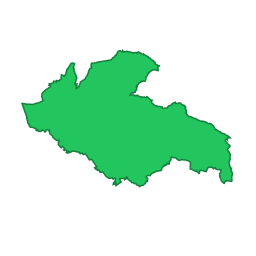 outline of Teuchitlán, Jalisco, Mexico, rotated 76°
{"feature_id": "50627088B99010084174784", "entity_name": "Teuchitlán", "entity_type": "district", "adm_level": 2, "iso_a3": "MEX", "parent_name": "Mexico", "parent_adm1": "Jalisco", "projection": "albers", "projection_center": [-103.827, 20.68], "detail": "fine", "context": "isolated", "style": "filled", "palette": "green", "viewbox_px": 256, "rotation_deg": 76, "n_neighbors": 0, "source": "geoboundaries", "source_scale": "gbopen_adm2", "svg_char_len": 5785}
<svg xmlns="http://www.w3.org/2000/svg" viewBox="0 0 256 256"><g transform="rotate(76 128 128)"><path d="M56.0,166.3L52.6,164.4L51.6,165.8L51.5,167.6L55.5,171.6L56.1,172.9L60.2,175.2L62.2,176.9L60.3,179.7L64.7,181.3L65.0,183.0L65.7,183.3L64.6,185.9L65.8,186.3L65.4,186.5L64.6,188.9L65.8,189.3L66.4,191.3L66.0,193.7L66.7,193.8L67.4,194.4L67.9,192.9L69.2,193.3L71.1,198.7L73.6,203.0L76.9,204.1L81.0,203.9L82.0,208.7L81.8,211.2L82.2,214.1L81.2,217.9L80.9,218.1L80.6,220.2L78.9,223.5L78.6,224.9L93.7,223.5L94.0,223.9L96.1,224.0L96.8,223.6L98.4,224.1L99.4,223.8L100.5,222.8L100.9,223.4L101.8,223.3L103.5,222.6L103.8,222.3L104.0,220.8L105.5,218.9L105.8,217.8L106.1,217.6L107.8,217.7L108.6,217.1L107.8,216.0L109.6,215.6L110.2,213.4L109.2,211.9L109.9,210.6L111.8,209.5L111.8,208.9L110.4,208.0L110.0,206.7L111.0,205.5L111.1,204.8L112.1,205.4L112.5,205.1L114.4,205.3L117.2,203.3L119.1,203.0L122.3,200.8L122.9,199.4L122.8,198.9L123.2,198.0L124.3,197.8L125.0,199.2L125.9,199.1L127.2,199.6L130.3,198.1L131.0,197.7L130.4,197.2L130.2,195.8L133.1,194.4L133.6,195.8L134.4,195.3L134.0,194.0L136.0,193.0L135.9,191.6L136.7,191.1L137.0,193.6L137.6,193.2L137.7,190.3L137.4,190.0L137.5,189.1L137.0,188.0L137.4,185.9L137.8,185.5L137.7,185.1L138.1,184.2L138.6,184.0L139.2,181.9L140.0,181.5L139.9,181.2L141.5,180.6L141.2,178.5L143.0,177.9L142.7,175.5L149.7,173.1L149.5,170.9L158.1,167.7L158.4,170.0L160.1,169.4L160.0,168.3L161.7,168.0L161.5,166.6L164.3,165.7L164.6,163.2L164.9,162.8L169.5,161.1L171.5,159.1L172.0,158.9L172.3,158.4L172.6,155.3L174.1,154.8L174.0,154.4L173.5,154.0L173.8,152.4L174.6,152.5L176.0,153.1L176.5,153.8L176.8,153.4L177.2,153.5L178.2,153.3L177.7,155.2L177.8,155.5L178.8,155.5L179.2,155.9L179.2,153.5L181.0,153.6L178.7,147.7L176.8,148.3L175.2,148.3L175.7,144.0L177.4,143.9L176.8,141.7L175.5,141.8L175.1,141.2L175.6,140.8L177.0,140.6L178.3,140.0L179.6,139.1L180.1,138.0L181.1,138.0L181.8,137.7L182.3,136.3L183.3,135.5L184.0,133.9L185.5,133.2L186.9,131.2L187.6,131.1L187.5,130.5L187.1,130.4L187.2,127.0L186.0,124.7L184.3,123.1L184.5,122.1L183.9,121.8L183.5,122.1L183.0,121.4L181.2,121.1L180.5,122.1L179.8,122.3L179.5,122.2L179.1,121.4L179.0,119.9L179.3,118.6L179.6,118.0L178.0,116.4L176.9,111.2L177.2,106.0L176.5,105.4L174.7,104.7L174.6,104.0L173.5,102.9L173.7,101.7L173.4,100.7L172.9,102.7L172.6,100.1L172.8,99.5L171.8,98.4L172.8,97.4L172.8,96.5L170.6,96.0L169.4,94.1L168.7,93.7L167.4,93.8L166.8,92.4L167.8,91.4L168.2,89.0L169.8,88.2L171.7,86.6L171.9,85.8L171.6,83.2L172.4,82.0L172.6,80.7L174.5,77.2L176.2,75.9L177.4,75.9L179.5,76.5L180.2,77.0L180.8,76.9L182.8,77.6L183.4,76.3L185.8,73.7L186.4,72.7L186.1,71.7L186.6,71.9L187.8,70.9L188.9,70.5L189.1,69.7L186.5,68.5L186.7,67.3L189.3,62.6L186.6,60.8L185.5,59.1L186.7,55.5L188.3,55.1L187.6,53.1L189.3,52.6L190.3,50.5L190.9,48.0L192.0,48.4L193.2,48.4L194.4,50.1L197.6,50.8L198.1,50.5L202.2,50.1L204.8,48.4L205.0,47.9L203.7,47.4L203.2,45.5L202.8,45.3L204.9,40.3L203.6,39.7L201.0,39.4L197.8,37.7L194.8,37.9L194.5,38.3L193.6,38.2L192.1,37.4L191.9,37.8L190.4,38.4L185.8,38.5L183.3,36.5L180.4,36.0L179.0,35.1L178.1,35.0L177.9,35.4L177.0,35.8L175.7,35.7L175.4,36.1L173.0,36.8L172.3,36.2L172.1,35.6L171.7,35.5L170.7,33.6L170.0,33.3L169.1,33.6L168.9,34.2L167.4,35.1L163.9,36.7L163.5,36.6L162.7,35.8L162.8,34.8L163.4,34.5L162.1,34.4L161.6,33.8L162.3,31.1L162.1,31.2L161.3,32.1L160.2,32.5L158.5,34.8L156.8,36.0L156.2,37.7L155.8,37.9L155.7,38.6L154.9,39.2L154.5,39.0L154.1,39.4L152.9,41.1L150.8,42.6L150.6,43.6L148.1,44.2L145.9,45.1L144.1,46.4L143.4,47.5L143.2,49.2L141.6,50.5L140.7,51.6L139.3,54.1L139.6,54.8L139.1,55.2L138.9,55.9L138.1,57.1L137.4,57.6L137.1,58.5L135.3,60.0L134.6,61.8L132.5,63.8L132.0,65.0L132.0,65.9L127.6,68.3L127.3,67.8L125.3,67.1L124.6,67.5L123.9,67.3L122.4,67.8L121.6,66.9L120.3,67.6L120.0,68.1L119.5,68.1L118.4,70.2L116.8,70.7L116.1,71.9L116.2,74.0L115.7,75.7L114.5,75.8L114.5,76.3L115.0,79.3L116.0,79.9L116.5,83.6L118.0,85.0L117.4,89.2L116.5,89.8L115.7,89.8L115.7,90.6L114.8,92.0L114.5,93.4L113.5,94.6L112.7,96.6L111.4,97.4L111.0,98.0L110.6,97.9L109.7,98.7L107.5,98.9L107.6,98.6L107.0,97.9L106.9,98.9L106.3,98.9L105.6,99.8L102.7,101.5L102.9,101.9L102.4,102.3L102.7,102.4L102.7,103.6L102.0,104.3L101.7,106.2L101.1,106.9L101.2,107.7L100.1,109.5L99.7,109.6L99.2,110.6L98.6,110.7L98.4,111.2L98.8,111.4L98.3,112.6L98.5,112.9L98.2,113.9L97.6,114.0L97.2,114.9L96.4,117.9L94.9,116.4L95.0,115.6L94.8,115.2L95.4,114.7L95.3,113.9L94.6,113.1L95.0,112.4L93.9,111.9L93.1,110.5L91.1,109.8L90.2,110.0L89.4,109.6L89.1,109.0L89.7,108.8L89.3,108.5L88.9,108.8L88.1,108.1L87.9,107.4L86.8,106.1L86.8,104.5L86.0,104.1L85.8,103.4L86.2,103.2L86.2,101.6L86.6,101.0L86.7,100.3L86.3,99.6L84.6,98.7L82.8,98.4L82.6,97.5L79.6,94.7L79.5,94.0L78.9,94.0L78.7,92.3L78.1,91.8L78.2,91.3L77.8,90.4L77.9,87.6L78.7,86.8L79.6,84.9L75.4,84.0L75.5,82.9L75.2,82.6L75.0,83.2L72.5,86.0L71.5,86.2L70.9,85.8L69.6,87.0L69.1,86.9L66.1,89.8L65.3,89.9L65.0,90.7L63.9,91.1L63.8,91.7L63.3,91.6L63.1,92.2L61.1,94.0L60.7,94.8L59.9,95.0L60.4,95.5L59.2,97.2L58.5,97.3L58.3,97.9L57.4,98.7L57.5,99.1L56.7,99.4L57.4,101.3L56.9,101.1L56.1,105.4L54.9,107.1L54.1,109.4L54.1,110.0L53.6,110.0L53.1,110.9L53.5,111.9L53.2,112.9L53.4,113.6L51.5,114.4L52.6,115.4L51.0,117.1L51.1,118.9L52.7,120.5L53.8,121.0L53.8,121.5L54.5,121.8L54.5,122.9L55.9,124.1L56.1,124.8L55.9,125.3L57.9,128.0L56.7,142.1L57.0,142.6L56.8,146.2L56.2,147.2L57.2,148.4L58.6,148.5L59.0,148.9L60.5,148.7L61.0,149.2L60.8,149.4L61.4,150.9L63.4,152.6L64.6,153.0L66.1,154.1L67.9,155.6L68.4,156.5L70.0,157.6L71.9,163.0L72.1,162.9L76.2,165.9L77.0,168.2L77.0,168.7L74.6,167.3L74.2,168.3L73.0,166.8L72.2,169.0L70.0,167.3L69.3,166.8L67.9,166.6L67.4,165.8L66.6,165.4L65.5,165.9L64.1,165.7L61.8,166.3L60.7,166.1L59.9,166.6L59.1,166.7L58.1,165.9L57.6,166.5L56.3,166.0L56.0,166.3Z" fill="#22c55e" stroke="#15803d" stroke-width="1.5"/></g></svg>